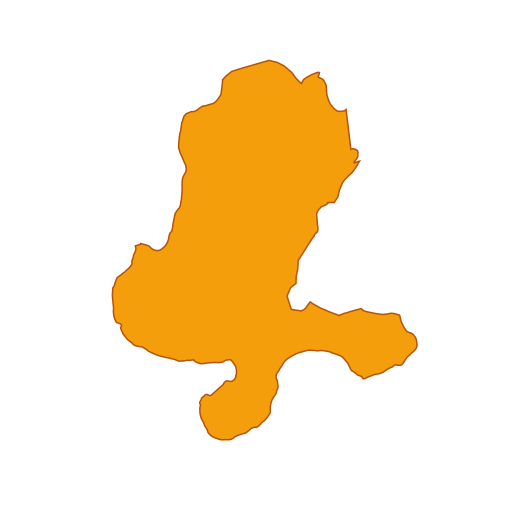 outline of Bois D'Orange/Trouya, Gros Islet, Saint Lucia, rotated 238°
{"feature_id": "8701671B8810495152060", "entity_name": "Bois D'Orange/Trouya", "entity_type": "district", "adm_level": 2, "iso_a3": "LCA", "parent_name": "Saint Lucia", "parent_adm1": "Gros Islet", "projection": "mercator", "projection_center": [-60.971, 14.062], "detail": "fine", "context": "isolated", "style": "filled", "palette": "amber", "viewbox_px": 512, "rotation_deg": 238, "n_neighbors": 0, "source": "geoboundaries", "source_scale": "gbopen_adm2", "svg_char_len": 6128}
<svg xmlns="http://www.w3.org/2000/svg" viewBox="0 0 512 512"><g transform="rotate(238 256 256)"><path d="M327.7,164.8L327.1,164.3L328.5,159.0L326.2,158.2L325.1,157.5L323.6,155.8L322.4,153.7L321.2,152.3L319.7,150.9L318.4,149.1L317.0,147.7L315.1,146.7L314.3,145.4L313.1,142.0L312.8,140.6L312.6,138.8L312.0,136.1L311.9,133.5L311.5,131.9L311.4,128.1L311.0,126.3L309.7,124.6L308.2,122.6L306.7,120.9L305.4,119.4L304.9,117.7L298.6,113.2L287.3,107.6L286.3,106.9L285.1,106.0L283.1,104.9L280.0,103.5L275.4,102.5L273.7,102.5L271.3,104.3L270.2,105.0L268.7,105.2L268.0,105.0L267.7,104.3L266.9,103.1L264.4,102.5L262.6,102.4L260.7,102.0L258.3,102.2L255.2,102.6L253.5,102.7L249.8,104.0L248.2,104.7L246.9,104.9L244.3,105.8L243.2,106.8L240.9,109.2L240.3,110.0L239.0,111.3L238.1,111.9L236.1,112.9L234.7,113.6L233.2,114.1L232.8,114.1L229.5,116.0L228.4,116.9L226.0,118.4L223.4,120.4L218.1,125.4L216.7,126.9L216.1,127.8L213.4,130.1L212.4,131.3L209.6,133.5L208.1,134.5L207.2,135.7L205.1,139.5L204.2,142.1L203.0,143.8L201.5,146.9L201.3,148.0L200.9,148.1L199.8,148.1L198.3,148.7L195.0,151.0L193.5,152.7L192.4,155.0L191.1,158.1L189.0,162.0L187.4,164.8L185.7,167.3L184.4,169.9L183.7,171.7L183.6,173.7L183.6,175.3L182.9,176.9L182.0,178.6L181.3,179.5L178.9,180.1L173.0,180.2L169.9,179.1L166.2,176.8L165.2,175.4L163.8,174.4L162.7,172.2L162.5,169.6L163.0,168.1L165.3,165.5L165.9,164.3L165.7,163.0L165.2,161.3L164.4,160.2L162.1,146.5L161.6,144.7L161.9,143.3L162.7,142.3L163.8,141.6L165.1,140.4L165.2,138.9L164.8,137.8L164.3,134.4L163.1,133.3L162.4,132.0L162.1,131.1L160.6,130.1L159.3,130.2L158.7,129.5L156.5,127.6L153.3,125.7L151.7,124.9L149.0,124.0L147.0,123.5L143.9,123.3L142.2,123.3L140.5,122.8L138.6,122.5L136.4,122.6L133.6,122.4L132.5,121.9L131.4,121.8L129.5,122.1L127.4,122.7L125.6,123.5L123.9,124.6L120.2,127.5L118.1,129.7L117.1,131.6L115.8,133.7L114.8,135.3L113.8,137.3L113.6,139.1L113.6,140.5L113.9,142.1L113.3,146.6L112.0,151.7L111.4,153.2L111.5,155.3L111.9,158.3L112.3,160.6L111.9,162.8L111.3,164.4L110.8,165.0L110.4,166.4L110.5,169.0L111.7,172.7L112.0,176.1L112.6,178.4L113.4,180.5L114.6,183.2L115.5,184.9L116.4,185.7L120.4,188.1L122.8,190.2L125.1,192.8L126.6,195.3L128.8,200.2L129.6,201.2L130.7,202.0L131.8,203.8L133.3,205.3L136.5,206.9L139.2,208.0L140.8,208.1L142.4,208.7L144.0,209.7L145.2,211.2L146.7,214.6L147.9,216.7L148.8,218.9L151.3,223.9L152.1,227.3L152.2,230.2L152.2,232.1L152.0,236.5L151.4,240.8L150.1,245.0L149.0,248.8L147.6,251.8L144.4,256.2L143.3,257.4L142.7,258.4L141.9,260.2L140.6,262.2L139.5,263.6L136.8,266.6L135.0,268.3L133.6,269.1L131.7,270.8L126.5,274.8L124.5,275.8L120.7,276.4L118.4,276.7L116.6,277.0L112.4,276.6L110.3,276.3L108.5,276.3L107.9,276.4L106.8,277.1L103.4,278.6L102.8,278.6L101.6,278.9L100.4,279.7L98.4,281.3L97.6,281.7L97.0,281.9L96.4,281.7L95.8,281.6L95.0,282.1L94.6,282.6L94.3,283.2L94.2,285.5L93.8,288.1L92.8,293.2L92.3,294.7L91.8,296.3L91.2,297.3L90.8,298.2L90.2,301.6L90.1,303.6L90.3,305.7L90.3,308.5L90.1,310.4L89.6,313.1L89.9,314.1L90.0,315.7L89.8,316.6L89.4,317.3L88.3,318.1L87.0,320.2L86.6,322.2L87.1,323.7L90.0,330.1L90.5,332.3L90.5,333.6L90.6,334.2L90.9,334.8L91.1,335.3L91.6,339.1L92.2,341.2L92.6,342.5L93.2,343.4L94.1,344.6L94.6,345.0L96.5,346.0L98.9,347.2L100.2,347.6L101.2,347.9L102.9,348.0L104.8,347.9L106.2,347.6L107.4,347.1L109.1,346.2L110.9,344.7L111.7,344.1L112.3,343.9L113.3,343.8L116.7,343.7L117.8,343.7L119.6,344.0L122.9,344.2L128.1,345.9L129.1,346.2L129.9,346.3L133.9,342.8L135.9,340.2L137.5,335.9L139.5,332.2L140.4,331.0L141.3,329.9L143.7,327.1L149.5,321.0L151.5,319.1L152.7,318.2L155.7,317.3L158.8,306.9L160.0,302.0L160.7,300.3L160.9,298.5L161.4,296.4L161.5,294.7L162.6,294.2L164.7,292.5L165.2,292.2L167.0,290.7L170.4,288.2L173.0,286.5L177.2,283.4L179.4,282.2L184.4,279.4L186.2,278.5L187.6,278.1L188.1,277.8L188.4,277.5L187.9,276.5L187.0,273.9L185.4,270.4L185.1,267.8L185.6,265.1L189.3,260.7L191.3,258.4L192.1,257.7L205.5,261.0L207.1,263.3L210.3,267.9L210.8,269.0L211.3,272.4L211.4,275.3L214.4,277.2L216.1,278.5L217.0,278.9L218.5,280.4L220.7,282.4L221.9,283.7L225.6,286.5L229.8,289.4L242.0,314.9L241.8,315.4L242.4,316.2L243.0,316.8L243.3,317.6L243.8,319.7L243.9,320.9L245.4,322.4L247.7,323.7L251.4,325.4L255.1,327.4L258.6,329.1L259.8,329.9L261.8,332.9L262.7,336.0L263.0,336.8L263.0,338.0L262.4,341.7L262.4,342.7L262.5,344.1L262.7,345.0L263.2,345.2L260.7,349.6L259.9,350.6L262.1,355.4L262.7,356.6L263.7,357.8L266.1,360.1L268.0,362.2L270.4,365.5L272.1,368.0L272.6,368.9L273.1,370.1L273.6,371.4L274.2,373.8L275.7,380.2L275.6,381.2L275.8,381.4L276.1,382.4L276.5,383.6L277.1,385.1L278.6,388.4L279.2,389.8L280.1,391.2L281.6,394.0L282.8,388.8L283.6,388.8L284.5,391.2L285.4,393.5L286.6,395.1L288.8,396.6L289.7,397.3L290.4,397.6L291.8,397.8L293.1,397.3L294.1,396.6L294.9,395.8L295.6,395.0L295.9,394.1L296.1,393.4L296.2,393.0L332.5,410.0L332.2,408.2L333.8,404.3L335.9,401.6L340.2,400.2L345.3,399.4L350.4,400.2L355.2,401.6L358.2,403.0L363.5,406.0L369.1,406.5L371.0,406.0L374.6,403.6L375.2,403.9L376.5,405.6L377.8,407.0L378.7,406.4L379.4,404.3L379.6,403.3L380.4,399.1L380.4,397.4L380.7,393.5L380.4,390.3L380.4,389.8L379.6,388.5L379.0,387.4L378.2,385.8L381.6,384.9L386.2,384.0L392.5,383.6L402.1,380.6L408.8,376.7L415.0,370.7L422.5,344.4L425.4,333.3L424.6,326.4L423.2,321.1L419.4,318.3L415.1,314.8L411.8,312.2L410.5,309.8L409.1,306.4L408.5,304.5L408.1,302.8L408.0,300.6L409.5,295.5L410.2,292.7L411.4,290.3L411.3,289.8L411.4,287.0L410.9,283.8L411.3,280.2L412.8,277.2L413.3,274.0L413.7,272.4L413.6,271.6L413.0,270.3L412.8,269.2L412.2,268.4L411.1,267.3L410.8,266.6L409.4,265.2L409.2,264.7L408.4,263.7L401.6,258.0L400.3,256.3L396.1,253.1L398.5,254.8L397.1,253.7L391.1,249.2L388.5,247.6L385.9,247.0L384.0,246.4L378.3,245.7L377.9,245.6L373.7,244.9L370.3,244.5L367.3,243.2L365.9,242.4L364.3,240.7L363.1,238.3L361.1,235.3L359.3,233.6L355.4,230.9L351.2,228.4L346.1,224.6L343.2,222.5L342.1,221.3L338.7,218.4L337.5,216.6L336.7,214.0L334.9,210.0L328.4,203.7L323.8,199.8L321.8,197.9L320.9,195.0L319.6,193.4L316.9,191.0L314.7,188.4L313.3,186.0L312.4,183.2L312.0,180.6L311.8,177.8L313.2,174.5L315.6,172.4L318.2,171.2L320.7,170.7L322.5,169.6L327.7,164.8Z" fill="#f59e0b" stroke="#b45309" stroke-width="1.5"/></g></svg>